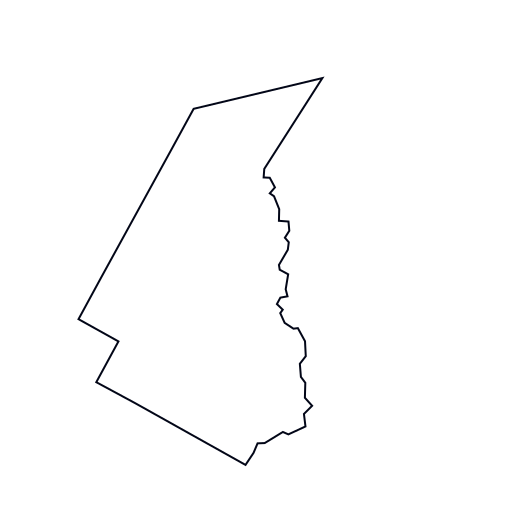 outline of Okeechobee, Florida, United States of America, rotated 209°
{"feature_id": "52423323B15399017802977", "entity_name": "Okeechobee", "entity_type": "district", "adm_level": 2, "iso_a3": "USA", "parent_name": "United States of America", "parent_adm1": "Florida", "projection": "robinson", "projection_center": [-80.998, 27.301], "detail": "fine", "context": "isolated", "style": "outline", "palette": "ink", "viewbox_px": 512, "rotation_deg": 209, "n_neighbors": 0, "source": "geoboundaries", "source_scale": "gbopen_adm2", "svg_char_len": 748}
<svg xmlns="http://www.w3.org/2000/svg" viewBox="0 0 512 512"><g transform="rotate(209 256 256)"><path d="M380.6,114.7L334.9,114.6L334.5,68.2L290.0,68.7L163.9,68.2L162.7,82.6L163.8,92.9L157.7,96.6L147.2,115.1L141.2,115.7L130.1,130.9L137.5,141.1L134.3,152.2L144.5,155.7L151.4,169.0L158.1,172.0L165.4,183.0L163.9,192.5L171.8,205.2L184.4,213.2L188.0,210.6L198.5,211.4L207.1,217.8L206.6,222.0L214.4,224.1L214.5,231.4L208.9,236.0L213.9,241.3L219.0,255.6L228.6,255.5L231.6,259.3L231.2,276.9L234.0,283.9L239.6,286.0L239.1,294.2L244.3,301.9L253.0,297.9L258.4,308.2L269.2,317.0L274.3,317.5L272.7,325.2L281.9,331.1L287.4,328.4L291.0,336.2L284.2,443.8L381.9,354.5L381.6,308.2L381.0,162.3L380.6,114.7Z" fill="none" stroke="#020617" stroke-width="2"/></g></svg>